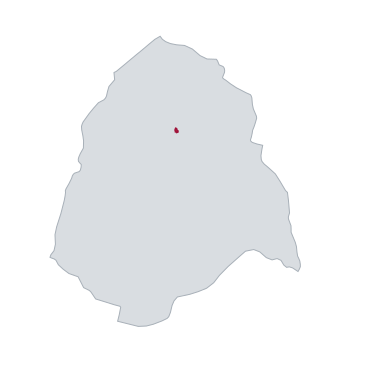 Zvishavane Urban, Midlands, Zimbabwe shown in context, rotated 194°
{"feature_id": "62879985B32453879798080", "entity_name": "Zvishavane Urban", "entity_type": "district", "adm_level": 2, "iso_a3": "ZWE", "parent_name": "Zimbabwe", "parent_adm1": "Midlands", "projection": "equal_earth", "projection_center": [30.044, -20.326], "detail": "fine", "context": "in_parent", "style": "filled", "palette": "rose", "viewbox_px": 384, "rotation_deg": 194, "n_neighbors": 0, "source": "geoboundaries", "source_scale": "gbopen_adm2", "svg_char_len": 2838}
<svg xmlns="http://www.w3.org/2000/svg" viewBox="0 0 384 384"><g transform="rotate(194 192 192)"><path d="M260.6,335.4L257.7,333.0L253.9,331.5L248.9,330.8L242.5,331.1L234.7,332.4L226.2,330.8L217.2,326.3L209.7,324.7L200.8,326.6L200.4,326.7L198.8,325.2L196.4,321.9L192.3,321.3L191.2,320.5L190.3,319.3L189.7,317.8L189.4,316.0L190.1,310.6L189.7,310.0L188.6,309.4L186.4,308.7L181.0,306.3L174.2,303.9L163.2,301.3L159.0,300.6L158.0,299.8L156.7,297.8L154.6,291.6L152.6,287.5L147.8,281.1L147.1,279.2L147.3,274.1L147.6,270.1L148.1,266.6L147.8,263.4L147.7,259.3L147.9,256.6L147.2,255.5L145.5,254.7L140.6,254.3L134.7,254.4L134.5,250.4L133.9,244.0L132.7,240.4L131.4,238.5L128.6,236.5L123.1,233.8L115.5,229.7L109.1,223.6L101.6,216.0L99.3,214.7L96.5,207.5L92.3,195.3L92.5,191.2L91.9,189.2L87.8,183.2L86.9,180.1L86.1,176.9L79.6,168.1L77.4,164.2L75.7,159.3L74.0,155.3L72.6,153.7L70.7,151.1L69.4,148.0L68.8,145.7L69.3,142.6L69.9,140.5L76.0,142.7L79.4,142.9L82.0,141.8L85.2,143.3L89.1,147.2L93.3,148.0L97.9,145.5L104.0,146.3L111.8,150.3L118.2,151.1L125.8,147.5L132.6,137.7L138.9,128.5L145.2,117.8L149.0,109.2L154.5,102.2L161.9,96.8L169.4,92.2L180.8,86.6L183.1,82.0L183.9,77.0L183.8,70.0L184.4,65.4L185.6,63.3L187.5,61.7L190.0,59.6L197.6,54.3L203.9,50.9L211.6,48.6L220.1,48.6L228.2,48.6L232.9,48.6L232.9,55.3L233.3,62.9L234.2,63.7L240.3,63.8L250.2,64.4L259.6,64.9L265.7,70.4L267.7,71.6L274.0,73.0L282.0,82.2L291.6,83.1L298.3,85.9L304.1,89.1L307.5,92.9L309.6,93.7L312.6,94.0L314.0,94.3L313.7,97.1L311.7,101.7L311.9,108.3L314.6,117.4L314.9,125.3L314.0,139.3L313.9,152.8L314.2,157.7L314.6,160.9L315.2,162.6L315.0,164.6L313.4,170.3L312.1,176.2L312.0,178.6L311.5,180.3L310.6,181.8L306.4,184.5L305.6,186.2L305.6,189.3L306.1,191.9L307.7,192.9L309.6,194.3L310.3,196.3L310.3,198.3L309.7,202.1L308.0,208.3L309.6,215.5L311.5,220.2L314.0,225.5L315.1,228.9L315.0,231.3L314.6,233.6L310.7,243.4L307.8,249.5L304.4,256.0L299.8,260.1L298.7,262.1L298.2,264.3L298.3,269.2L298.1,274.3L294.2,282.2L296.6,289.0L296.0,289.6L294.7,290.6L289.1,298.2L283.5,305.9L279.4,311.5L274.7,317.8L269.5,325.0L265.0,331.1L260.6,335.4Z" fill="#d9dde1" stroke="#a8b0b8" stroke-width="1"/><path d="M220.5,246.5L220.3,246.7L220.2,246.7L220.1,246.8L220.1,247.0L220.3,247.5L220.4,247.8L220.5,247.8L220.5,247.7L220.8,247.7L220.8,247.8L220.8,248.0L221.0,248.0L221.1,247.9L221.1,248.0L221.3,248.1L221.4,248.3L221.5,248.4L221.5,248.5L221.8,248.6L221.9,248.8L221.9,249.0L222.0,249.2L222.1,249.3L222.2,249.2L222.3,249.3L222.2,249.4L222.2,249.5L222.3,249.5L222.5,249.6L222.8,249.5L223.0,249.7L223.2,249.8L223.2,250.0L223.3,250.0L223.4,249.4L223.4,249.0L223.5,248.0L222.9,247.4L223.0,247.2L222.6,246.8L222.4,246.7L222.5,246.5L222.4,246.5L222.4,246.4L222.3,246.2L222.3,246.3L222.2,246.3L221.9,246.3L221.9,246.2L221.5,245.9L221.2,246.0L220.5,246.5Z" fill="#f43f5e" stroke="#9f1239" stroke-width="1.5"/></g></svg>